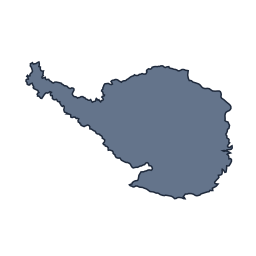 outline of Lagamar, Minas Gerais, Brazil, rotated 276°
{"feature_id": "56859067B50516216236551", "entity_name": "Lagamar", "entity_type": "district", "adm_level": 2, "iso_a3": "BRA", "parent_name": "Brazil", "parent_adm1": "Minas Gerais", "projection": "robinson", "projection_center": [-46.726, -18.028], "detail": "fine", "context": "isolated", "style": "filled", "palette": "slate", "viewbox_px": 256, "rotation_deg": 276, "n_neighbors": 0, "source": "geoboundaries", "source_scale": "gbopen_adm2", "svg_char_len": 5858}
<svg xmlns="http://www.w3.org/2000/svg" viewBox="0 0 256 256"><g transform="rotate(276 128 128)"><path d="M72.7,213.5L73.2,215.3L74.6,216.1L74.5,217.5L74.7,218.9L76.9,218.2L79.0,221.4L79.9,222.2L81.7,223.4L81.7,221.2L82.2,220.1L83.2,219.8L86.4,222.1L87.3,222.9L88.5,223.6L90.4,222.8L90.9,224.8L91.6,226.0L92.8,226.3L94.4,226.3L95.5,226.0L96.8,226.1L96.0,227.5L94.0,229.0L94.5,230.1L97.9,230.3L100.7,230.1L100.7,231.4L101.1,232.5L103.6,233.7L105.8,234.4L107.6,234.1L108.3,233.0L107.9,231.6L110.4,231.2L111.6,230.4L112.2,229.3L113.0,229.9L113.4,231.4L113.9,232.6L114.5,231.4L115.1,229.6L115.5,227.5L116.6,228.7L116.9,229.9L117.2,231.6L117.8,233.1L118.9,233.7L119.9,233.6L121.2,233.3L120.6,232.4L119.5,231.6L119.3,229.7L120.4,228.8L121.7,229.3L123.9,230.7L124.5,229.7L127.1,229.7L127.8,228.9L128.2,227.7L129.2,227.2L130.4,227.2L131.3,226.3L132.4,226.0L133.4,226.6L135.2,227.1L136.4,227.0L137.5,227.5L138.2,228.4L141.3,228.7L142.4,227.9L144.4,226.8L144.8,224.8L145.5,223.6L146.9,223.7L150.6,223.1L152.6,223.3L153.8,223.8L154.8,224.9L155.9,226.8L157.0,227.8L158.3,228.3L160.2,228.0L161.3,227.2L162.3,226.0L163.9,223.5L166.1,220.5L167.5,217.9L168.7,217.2L171.2,217.2L172.7,216.7L173.8,216.0L174.3,215.0L174.2,213.6L173.7,210.7L173.7,208.1L175.6,204.7L175.7,202.8L175.4,201.4L175.3,200.2L175.5,198.8L176.1,197.5L178.5,195.0L179.2,193.7L179.9,190.8L180.5,187.7L181.6,186.2L181.8,185.2L181.6,184.0L183.6,182.8L186.9,181.8L191.3,181.9L191.4,180.8L191.4,179.2L191.9,178.0L192.0,176.6L191.7,175.3L191.0,174.5L190.2,173.0L190.1,171.8L190.7,170.8L191.2,169.1L191.2,167.4L191.7,165.9L191.8,164.0L192.2,162.7L193.3,162.2L192.8,160.1L192.0,158.7L192.5,157.4L193.2,156.5L193.4,155.5L193.2,154.1L192.5,153.0L192.5,151.9L192.1,150.9L192.0,148.7L191.7,147.5L190.9,145.6L189.6,145.2L188.8,143.9L189.1,142.4L188.4,141.5L187.6,140.7L186.6,140.4L185.8,141.0L184.9,140.7L183.6,140.0L183.2,138.1L183.6,136.3L182.7,134.8L182.5,133.6L181.5,132.8L181.1,131.3L181.2,129.8L181.6,128.8L180.6,128.2L179.9,126.6L179.1,125.3L176.8,122.9L176.1,121.8L175.2,121.1L174.7,120.2L174.5,118.8L173.8,117.4L172.8,116.7L173.8,114.3L174.6,113.0L175.0,111.7L174.9,110.2L174.2,109.1L173.9,107.8L173.4,106.9L172.5,106.2L171.5,107.1L170.1,107.9L169.5,107.1L169.5,105.6L170.3,103.7L169.9,102.0L169.6,100.5L168.8,99.9L167.9,99.5L166.7,99.3L165.4,98.8L164.0,98.9L163.2,98.1L162.1,97.8L161.0,99.2L158.9,99.8L158.3,101.2L157.3,100.8L156.9,99.2L156.0,98.7L155.1,99.8L153.9,100.5L152.8,99.9L152.5,98.6L151.1,98.1L151.9,96.9L153.1,96.1L152.5,95.3L153.3,94.5L154.1,93.4L153.2,93.0L152.2,93.2L151.2,92.6L150.8,91.2L149.9,89.8L151.2,88.7L152.4,87.9L151.5,86.8L151.5,85.5L152.1,84.6L152.6,82.7L153.7,81.9L153.7,80.6L154.5,79.9L154.3,78.0L153.3,76.8L153.0,75.5L152.5,74.6L153.3,73.6L153.6,72.6L153.6,71.1L154.8,69.7L155.8,69.1L156.9,69.1L159.9,70.3L161.2,70.2L161.9,69.2L162.0,67.8L161.3,66.8L161.3,65.7L161.8,64.4L163.0,63.2L163.4,61.8L163.4,60.2L164.4,58.8L164.6,57.8L165.5,57.2L165.9,55.0L166.2,51.7L165.9,50.2L165.0,49.3L165.2,47.8L166.0,47.1L166.5,45.8L167.3,44.6L168.1,44.1L168.0,43.0L167.5,41.9L168.2,40.8L169.8,40.4L168.5,37.6L169.4,37.1L170.3,37.3L171.3,38.3L172.4,37.7L173.6,37.9L174.9,37.8L175.9,38.0L175.6,36.6L176.1,35.3L177.6,34.6L179.5,34.5L179.8,32.9L181.4,33.2L183.1,33.0L184.4,32.5L183.9,31.6L183.2,30.6L182.5,29.9L181.7,27.1L183.0,26.1L182.3,25.3L181.7,24.2L180.6,24.4L179.5,24.3L178.3,25.5L175.4,26.8L174.4,27.1L173.0,26.4L172.0,25.4L170.8,24.9L169.7,25.1L169.1,23.4L169.9,22.6L168.7,21.9L168.1,22.9L167.2,23.6L166.2,23.8L166.1,22.6L165.2,21.6L163.7,21.7L162.8,22.8L161.1,23.1L160.4,24.4L160.5,25.7L161.4,26.0L162.0,26.8L162.5,28.0L161.3,28.5L158.9,30.0L158.1,29.5L157.3,30.4L155.9,34.4L154.9,34.9L154.0,35.7L153.2,34.6L152.0,34.1L151.2,34.7L150.3,34.7L150.3,36.1L149.3,37.3L148.5,38.0L148.4,39.2L152.5,41.3L153.6,42.1L154.5,43.0L154.3,44.2L154.9,45.5L156.0,46.5L155.5,48.1L154.3,47.2L153.2,47.3L152.2,47.7L152.3,49.3L150.9,49.6L149.4,49.7L148.5,51.2L148.4,52.5L149.0,53.6L148.3,54.5L147.3,55.0L146.8,56.0L147.0,57.4L145.8,57.6L143.2,59.4L142.6,60.5L143.4,61.3L142.9,62.2L141.2,62.5L139.7,62.2L138.6,62.5L137.2,63.2L136.8,64.9L136.2,66.4L135.6,65.6L135.6,68.5L135.2,69.6L133.7,69.8L132.7,70.2L132.6,71.6L133.2,72.7L133.2,74.4L132.0,75.5L132.4,76.7L131.9,78.1L130.2,77.5L128.7,77.9L128.2,79.4L127.3,79.7L126.8,80.7L125.8,81.0L124.8,84.2L125.4,85.0L126.8,87.6L126.3,89.0L125.5,89.8L123.1,90.2L123.1,91.7L121.7,94.2L121.5,95.4L120.5,96.3L119.5,96.9L118.9,98.1L118.9,99.6L118.7,100.6L117.8,101.1L117.5,102.5L116.3,103.4L115.1,103.5L114.7,104.7L113.7,106.1L112.4,106.1L111.4,105.9L110.1,104.8L109.0,105.4L108.9,106.6L107.7,107.3L107.4,109.1L106.3,110.4L104.9,110.4L103.8,110.7L104.2,112.2L103.5,115.0L102.3,115.8L101.3,115.8L100.6,116.6L100.1,117.7L99.2,118.0L98.4,118.5L97.4,119.4L97.0,121.2L97.3,123.1L95.3,124.8L93.9,128.4L93.5,129.8L93.7,130.9L92.9,133.3L92.0,134.3L90.7,135.1L89.6,136.0L88.8,137.3L89.4,138.9L89.8,140.2L89.9,141.8L90.7,142.9L91.4,144.0L91.6,145.2L92.9,147.1L93.3,148.3L95.1,149.5L95.6,150.6L95.0,151.9L92.7,152.9L92.8,154.4L92.2,155.5L91.2,156.1L90.3,156.5L89.2,156.3L88.3,155.4L88.6,154.1L88.3,152.4L87.3,150.8L86.8,149.3L86.1,148.1L85.7,145.5L82.1,143.8L78.8,143.6L77.5,143.4L76.7,142.7L76.4,141.3L75.8,139.9L75.0,138.9L74.1,138.0L72.7,137.7L72.3,136.4L71.6,135.3L70.8,136.3L70.6,137.7L69.9,139.3L70.2,140.5L71.1,141.7L71.2,143.3L70.4,145.6L70.4,148.9L69.9,150.2L69.3,152.8L67.1,156.6L67.1,159.9L66.2,162.8L66.4,164.3L65.9,165.8L65.2,166.9L64.6,169.8L64.6,171.4L65.1,172.4L65.0,174.7L64.7,178.1L64.2,179.5L63.4,180.8L62.6,181.6L62.9,183.1L63.8,184.2L64.2,185.4L64.3,186.7L64.2,189.0L63.6,190.5L63.6,192.1L64.6,191.4L65.5,190.2L68.3,191.9L68.5,193.8L69.1,195.0L69.4,197.7L69.1,199.5L68.6,200.9L68.0,201.9L67.8,203.5L68.1,204.6L68.9,206.6L70.1,207.5L72.7,213.5ZM115.5,227.5L114.8,226.0L115.3,224.6L115.7,226.0L115.5,227.5Z" fill="#64748b" stroke="#1e293b" stroke-width="1.5"/></g></svg>